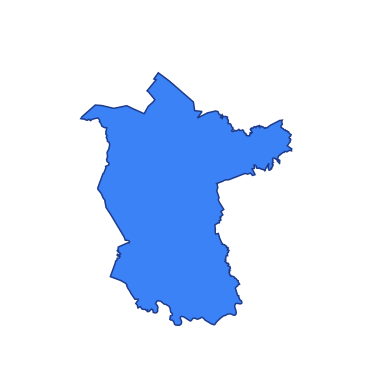 outline of Coyuca de Catalán, Guerrero, Mexico, rotated 146°
{"feature_id": "50627088B15747692686260", "entity_name": "Coyuca de Catalán", "entity_type": "district", "adm_level": 2, "iso_a3": "MEX", "parent_name": "Mexico", "parent_adm1": "Guerrero", "projection": "albers", "projection_center": [-101.014, 18.091], "detail": "fine", "context": "isolated", "style": "filled", "palette": "blue", "viewbox_px": 384, "rotation_deg": 146, "n_neighbors": 0, "source": "geoboundaries", "source_scale": "gbopen_adm2", "svg_char_len": 6042}
<svg xmlns="http://www.w3.org/2000/svg" viewBox="0 0 384 384"><g transform="rotate(146 192 192)"><path d="M223.6,318.2L241.1,315.9L243.2,315.0L241.4,313.2L240.3,312.8L239.9,311.4L239.1,310.4L238.4,309.9L237.6,310.2L236.3,309.5L236.6,309.0L236.1,307.9L234.0,308.1L229.7,306.5L228.4,305.7L228.4,302.9L229.4,302.2L229.2,299.8L229.9,297.0L228.6,294.3L226.8,293.0L228.7,290.9L229.5,290.5L229.8,289.7L230.7,288.9L231.1,287.7L230.8,286.7L232.7,284.9L232.4,284.2L232.9,283.3L232.9,282.8L233.8,281.2L233.0,279.7L233.8,277.2L236.9,274.2L240.3,272.3L242.4,268.3L244.6,266.8L245.4,264.7L244.6,262.2L246.1,261.0L249.3,261.6L249.9,260.2L254.7,256.9L255.4,257.1L267.8,248.1L268.5,246.9L268.1,241.4L269.0,236.6L268.8,233.4L269.3,233.2L271.9,227.2L272.0,218.7L273.4,192.8L274.3,189.3L272.2,187.8L271.4,185.9L272.6,185.0L273.4,185.7L274.7,186.0L283.9,187.6L285.5,185.7L285.6,185.1L286.5,185.3L286.9,185.0L286.9,184.6L286.0,184.2L286.8,182.9L286.1,182.2L285.8,180.6L288.4,180.8L288.7,182.0L289.4,181.6L289.1,180.0L288.3,179.3L287.6,179.4L287.5,179.1L288.9,178.1L289.6,178.1L290.9,178.9L291.7,178.4L292.1,177.5L294.1,177.4L294.7,176.5L307.0,167.5L300.8,158.8L298.3,153.9L297.8,151.7L298.5,150.9L299.0,148.3L299.0,144.5L299.3,142.4L299.3,135.0L296.6,133.3L297.3,132.2L298.6,132.0L301.0,131.0L300.5,129.0L301.6,126.5L301.6,126.0L299.6,126.0L298.9,125.7L299.0,123.1L298.0,121.9L296.3,120.7L296.1,119.1L294.9,119.1L295.7,117.7L295.5,117.4L293.9,117.0L291.1,117.6L290.4,116.2L291.5,113.8L290.2,112.4L289.4,111.9L288.3,111.9L287.2,112.3L286.3,113.8L284.8,115.3L284.3,116.8L284.5,119.9L282.3,121.1L281.2,121.0L279.0,119.0L277.8,114.7L276.4,113.3L274.9,109.9L275.3,107.7L276.8,104.3L276.4,102.8L276.6,101.7L277.4,100.9L279.2,101.4L279.9,100.7L280.1,99.9L280.7,99.8L281.6,98.9L281.3,97.8L280.2,96.9L279.8,96.2L279.8,94.2L280.4,92.1L279.8,90.7L277.2,88.7L276.1,88.5L274.6,88.7L273.1,90.3L272.3,93.8L271.5,94.8L270.5,94.8L269.6,94.2L268.5,92.7L265.6,86.1L264.5,85.8L262.4,86.6L261.4,86.6L260.1,85.7L258.8,83.6L256.2,82.8L254.1,82.7L253.6,82.3L253.1,81.1L252.8,78.5L249.7,71.9L248.1,69.7L247.2,69.4L244.2,70.6L238.9,71.5L235.4,71.7L233.3,71.0L231.1,70.9L229.2,70.1L228.0,69.2L226.2,66.3L224.8,65.8L223.8,66.2L222.8,67.2L221.9,69.2L220.7,73.3L218.7,74.9L218.1,75.0L217.0,74.6L214.6,72.3L213.4,71.9L212.6,72.2L211.9,74.1L212.6,76.2L211.7,79.3L210.9,80.4L211.9,79.8L211.9,81.2L209.8,88.0L208.9,88.5L206.6,88.7L205.7,89.2L204.1,89.0L204.0,91.7L203.3,92.6L203.7,93.1L204.1,96.2L204.5,96.3L204.8,96.9L204.5,97.9L205.3,99.3L207.0,100.8L206.6,101.1L206.8,101.3L206.6,101.6L206.9,102.9L206.0,104.2L206.3,104.5L205.5,105.3L204.6,105.4L205.1,106.0L204.8,106.7L203.0,107.0L202.9,107.8L202.3,108.4L202.3,109.1L203.6,110.6L203.4,111.0L202.0,111.3L201.8,112.2L202.0,113.0L203.2,113.4L202.9,114.8L203.6,116.0L201.9,116.6L202.1,117.7L200.7,118.4L199.9,119.7L199.3,120.0L198.1,119.3L197.4,121.0L196.3,121.7L195.7,121.6L195.0,122.5L194.1,122.7L194.2,123.4L195.0,124.2L193.5,125.1L194.1,126.1L193.5,126.1L194.3,127.4L193.8,127.9L194.5,129.5L194.4,129.9L195.5,131.2L196.3,131.7L195.6,132.5L195.8,133.4L194.9,138.2L193.4,142.9L195.8,143.8L195.5,145.4L193.7,147.7L191.5,151.9L188.4,151.9L186.6,151.2L185.8,152.0L185.6,153.0L183.9,152.5L183.4,153.1L183.4,154.5L182.2,154.9L182.5,155.6L179.2,155.8L178.9,159.7L175.4,159.8L175.1,168.7L174.4,171.1L172.7,172.2L170.8,179.2L168.1,181.3L166.8,184.4L166.9,185.2L160.9,183.8L158.0,183.5L154.7,181.6L138.8,178.0L137.2,177.4L136.0,175.8L132.9,174.9L132.6,171.9L130.1,171.1L129.9,171.5L129.2,177.6L127.2,176.7L126.2,177.7L126.2,178.6L125.3,179.7L124.4,178.5L124.2,177.4L124.6,177.0L124.9,175.4L123.6,174.4L122.9,174.4L121.8,172.2L120.1,170.5L119.8,168.9L119.2,168.9L119.0,169.5L112.2,172.9L115.4,169.3L115.9,166.9L114.7,166.6L113.8,166.7L113.5,167.2L113.3,166.8L112.9,166.8L112.8,167.3L112.0,167.8L111.5,167.8L109.9,168.9L110.2,169.1L110.1,169.4L109.6,169.4L109.7,170.1L109.5,170.6L108.9,171.2L108.3,171.0L108.5,171.7L108.2,171.7L107.4,172.6L107.4,173.2L106.9,173.4L106.8,174.4L106.1,174.8L105.7,174.7L104.8,174.3L104.8,173.7L104.2,173.2L104.3,172.6L103.7,172.2L103.6,170.9L104.0,169.7L103.5,168.0L103.6,166.8L103.3,166.8L101.6,169.1L102.4,169.8L102.0,170.2L102.5,170.7L103.1,170.8L103.2,171.2L101.9,171.9L101.1,172.9L99.4,173.6L98.1,173.5L97.6,173.9L96.6,173.6L94.7,174.0L93.4,173.3L92.2,173.8L90.8,172.2L87.9,172.1L86.5,170.5L86.2,171.1L85.2,171.9L87.2,177.0L83.9,178.4L82.6,178.6L82.2,179.6L81.0,180.0L80.7,180.6L80.7,181.1L81.3,181.8L81.1,182.8L80.4,183.2L79.1,183.2L77.7,184.1L78.4,185.5L78.6,187.1L78.3,187.9L79.1,188.2L79.0,189.6L79.9,190.3L79.9,191.2L80.4,191.1L81.0,192.5L80.9,193.3L81.6,194.4L81.6,195.2L82.0,195.8L81.4,196.9L79.2,197.7L78.2,200.3L77.0,201.1L78.6,201.7L78.9,202.2L89.5,203.5L94.5,203.3L94.9,204.2L96.2,204.1L96.4,205.6L96.7,205.7L96.9,206.6L97.7,207.1L97.6,207.4L97.9,207.8L98.6,208.2L99.4,207.9L98.8,208.9L99.0,209.5L99.9,209.3L99.8,209.5L100.1,209.9L100.9,209.8L101.9,210.3L103.0,209.6L103.4,211.1L103.7,211.3L104.9,211.3L106.0,210.8L106.3,211.4L107.2,211.8L108.0,211.6L107.6,211.3L108.2,211.2L108.2,210.9L108.8,210.4L108.5,209.6L108.9,208.3L108.7,207.8L109.3,207.5L109.5,208.3L110.0,208.4L109.8,208.1L110.1,207.4L111.6,207.8L112.7,206.4L113.0,206.4L115.1,208.2L114.9,208.8L115.3,209.3L114.9,209.4L114.8,210.3L115.3,211.0L115.2,211.7L115.6,212.7L115.0,213.8L115.2,215.1L116.3,215.3L118.0,216.3L118.1,217.7L121.0,217.7L122.6,219.8L122.8,219.2L123.4,219.0L124.3,219.3L125.0,220.1L125.1,220.4L122.2,222.0L122.6,223.8L122.0,226.3L122.3,227.5L123.7,228.5L123.3,228.8L123.4,229.6L122.2,230.4L121.7,231.3L121.9,232.6L121.8,233.5L121.1,233.6L120.8,234.1L120.9,234.7L122.4,236.3L123.1,236.4L123.8,236.8L123.8,238.5L125.8,236.0L126.7,237.9L124.3,239.1L125.6,240.1L125.6,241.1L126.1,242.0L125.5,243.9L126.1,244.9L127.2,246.0L134.8,248.9L146.2,250.3L139.2,252.9L139.0,253.4L144.3,258.0L140.5,265.8L148.8,296.8L153.3,309.7L160.4,307.0L159.0,305.1L172.7,301.0L172.1,299.1L171.2,289.3L173.8,288.4L180.3,287.5L187.9,283.7L194.5,294.3L197.8,300.0L210.1,305.1L218.5,314.2L223.6,318.2Z" fill="#3b82f6" stroke="#1e3a8a" stroke-width="1.5"/></g></svg>